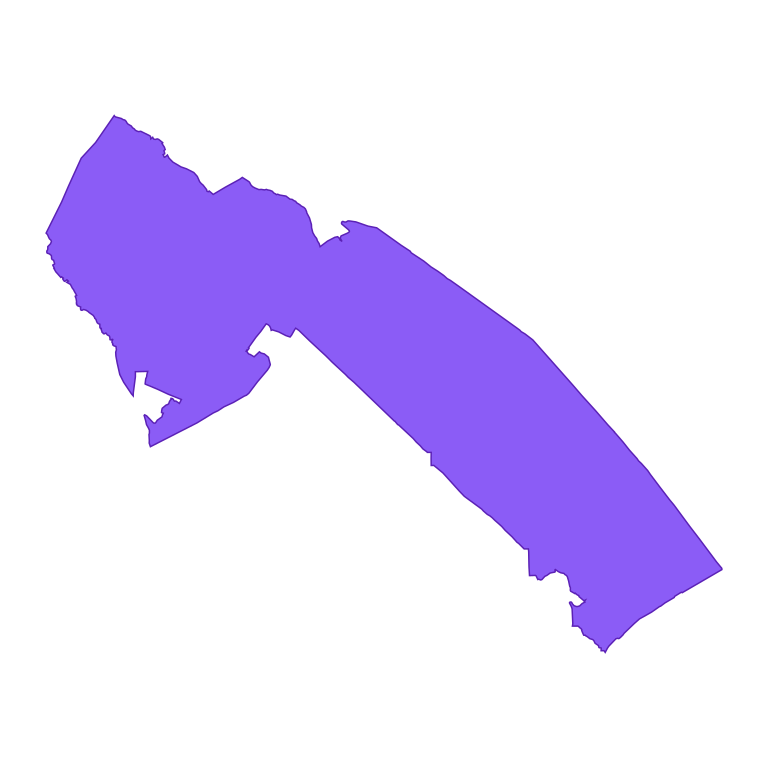 Cristinesti, Botosani, Romania
{"feature_id": "2599482B10546697969723", "entity_name": "Cristinesti", "entity_type": "district", "adm_level": 2, "iso_a3": "ROU", "parent_name": "Romania", "parent_adm1": "Botosani", "projection": "albers", "projection_center": [26.378, 48.088], "detail": "fine", "context": "isolated", "style": "filled", "palette": "violet", "viewbox_px": 768, "rotation_deg": 0, "n_neighbors": 0, "source": "geoboundaries", "source_scale": "gbopen_adm2", "svg_char_len": 6054}
<svg xmlns="http://www.w3.org/2000/svg" viewBox="0 0 768 768"><path d="M699.8,539.5L689.6,526.2L674.1,505.2L669.7,499.9L659.5,486.6L650.3,474.4L647.8,470.7L641.4,463.5L638.5,460.8L637.1,458.7L629.5,450.2L623.0,442.0L615.3,433.1L614.5,432.5L614.6,432.1L607.8,424.8L595.5,410.6L581.8,395.5L572.4,384.6L532.8,339.9L525.0,333.9L521.1,331.6L520.0,330.3L517.3,328.3L458.6,286.2L450.4,280.4L447.2,278.6L444.0,275.7L437.9,271.3L431.0,266.9L423.8,261.1L411.2,252.8L410.2,251.2L401.2,245.3L376.7,227.8L368.0,226.1L355.9,221.9L349.9,221.0L348.0,220.9L346.0,222.0L344.6,222.0L342.8,221.4L341.9,221.9L341.6,222.5L341.5,223.4L341.8,224.1L348.2,229.5L349.3,230.7L349.4,231.5L348.9,232.2L347.5,233.1L341.1,235.9L340.3,237.7L340.5,238.8L341.7,240.7L341.6,241.0L340.2,240.2L339.4,238.5L337.7,236.7L334.8,237.3L327.5,241.1L320.1,246.7L319.1,243.5L317.5,241.0L316.6,238.4L314.7,236.0L312.8,232.6L311.6,227.8L311.4,224.4L309.5,218.0L306.8,212.9L306.6,211.7L305.4,208.9L303.9,207.4L301.4,206.1L299.8,204.7L296.7,202.8L295.6,201.3L294.2,200.8L292.2,199.4L289.9,199.1L286.0,196.1L279.6,195.0L277.7,194.2L276.3,194.6L275.5,193.9L273.5,192.8L272.5,191.4L270.2,190.4L267.6,189.9L266.4,189.4L264.5,189.9L261.2,189.4L258.9,189.6L255.0,188.0L252.5,186.6L250.9,184.9L249.5,182.2L248.7,181.5L242.3,177.4L239.7,179.3L225.3,187.2L213.2,194.4L209.2,191.0L208.3,191.7L207.1,191.3L206.8,190.7L206.6,189.6L203.1,185.1L201.2,183.5L199.6,181.6L197.3,176.4L193.8,172.5L186.5,168.8L181.0,166.9L172.9,162.1L169.0,158.1L167.4,155.0L165.4,156.8L164.3,157.2L163.1,154.6L164.7,153.8L164.5,152.3L164.1,151.3L164.0,150.6L165.2,149.6L164.4,147.2L162.0,143.5L162.8,142.8L162.6,142.5L160.2,140.6L158.7,139.4L157.6,139.0L157.1,138.9L155.6,139.4L154.0,139.2L153.4,138.7L152.7,137.3L150.8,138.9L150.5,136.4L149.9,135.8L140.8,131.3L138.4,131.6L136.3,130.8L135.1,130.0L134.4,129.0L132.5,127.7L131.3,126.0L128.0,124.1L126.8,122.7L126.2,121.4L124.8,120.0L123.1,119.6L121.4,118.5L115.5,116.9L114.7,116.3L114.2,115.6L95.6,142.5L81.2,158.2L68.5,186.1L61.6,202.0L46.1,233.1L47.5,234.6L48.8,237.6L49.5,238.9L50.8,240.0L51.4,241.3L51.2,242.2L50.4,243.9L47.8,246.6L47.8,248.9L47.6,249.8L46.8,251.1L46.9,252.7L47.3,253.2L49.4,253.9L51.2,255.4L51.4,255.8L51.6,258.6L51.8,259.0L52.2,259.6L53.6,260.3L54.6,263.7L54.5,264.1L52.9,264.9L52.8,265.2L54.3,268.2L53.9,268.4L55.8,271.8L60.8,277.4L61.5,276.8L63.3,278.1L62.8,278.6L62.8,279.1L64.0,280.9L64.6,281.3L65.1,281.2L66.9,279.8L68.4,281.1L66.7,282.3L70.4,284.4L72.3,288.1L73.6,289.8L74.4,291.5L76.0,294.2L76.6,295.5L75.3,296.1L75.2,296.5L75.9,298.0L76.2,299.2L76.6,302.2L76.3,302.9L76.4,303.4L76.9,304.1L76.6,304.5L77.5,305.7L80.7,307.0L80.5,308.4L80.7,309.8L81.3,310.2L82.0,310.3L83.7,309.5L86.0,310.2L88.0,311.4L89.1,312.5L93.2,315.4L94.6,317.5L94.8,318.4L95.6,319.0L96.2,320.0L96.3,320.7L97.2,322.7L98.3,323.7L99.8,324.2L99.9,327.5L100.5,328.5L101.1,328.3L101.3,328.5L101.3,329.9L101.8,331.1L102.0,332.2L102.8,332.6L103.1,333.4L104.0,333.9L105.9,333.1L107.3,334.9L109.2,335.9L109.6,336.4L110.0,338.5L109.9,339.2L110.2,339.8L111.2,339.9L112.2,339.3L112.7,339.5L112.8,339.8L112.2,340.6L111.9,342.1L112.8,343.8L112.7,344.8L114.0,345.9L116.0,346.5L116.4,349.8L115.7,352.2L115.9,356.0L117.2,363.1L119.8,374.6L123.7,382.3L131.4,393.8L133.2,395.9L133.3,392.9L135.4,376.8L135.4,371.7L147.7,371.4L146.8,375.0L146.7,376.6L145.7,378.9L145.1,383.9L145.2,384.1L157.9,389.4L168.4,394.3L181.4,399.5L179.4,403.4L175.8,401.0L174.8,401.2L174.2,400.9L173.4,399.5L172.5,398.6L171.0,398.3L170.9,398.6L171.3,399.3L170.5,399.9L169.5,401.4L168.7,403.7L167.7,404.5L166.0,405.1L162.2,408.3L161.7,410.4L161.5,412.6L163.3,413.2L162.4,415.0L162.0,416.8L157.3,420.2L155.6,422.8L155.1,423.1L153.9,423.1L153.2,422.7L146.7,415.9L144.7,414.8L144.1,415.4L145.6,420.6L146.5,424.6L148.4,428.0L149.4,430.2L149.4,433.2L149.0,434.5L149.3,440.4L149.2,443.1L150.4,446.7L197.0,422.9L213.4,412.9L217.9,410.8L224.0,406.8L233.5,402.4L244.3,396.1L246.5,395.2L248.8,393.3L257.5,381.8L267.4,370.1L269.1,367.5L270.2,365.0L270.3,364.4L268.4,357.2L264.3,353.9L261.2,353.1L259.4,351.8L254.1,356.8L250.3,354.5L249.0,354.1L248.3,353.6L247.0,351.7L246.1,351.2L247.0,349.9L247.5,350.4L249.0,348.5L249.0,347.9L248.5,347.7L256.0,337.2L260.8,331.4L266.2,323.8L268.4,324.9L269.7,326.2L270.7,328.3L271.2,330.4L272.4,329.9L278.7,331.9L285.9,335.6L290.1,337.0L291.6,335.1L294.7,329.6L295.7,328.2L299.0,330.5L309.9,341.1L325.8,355.8L332.3,362.3L345.5,374.5L348.2,377.3L353.9,382.2L394.4,421.1L394.9,421.2L397.6,424.5L398.8,425.1L413.2,438.5L416.2,442.0L420.3,445.8L422.9,448.9L427.1,452.0L427.3,452.4L431.2,452.4L431.1,458.6L431.2,465.5L433.8,465.4L442.9,472.9L459.6,491.4L464.4,496.4L481.7,509.1L483.5,511.1L487.3,514.4L489.8,515.8L492.2,517.7L494.8,520.3L501.7,526.4L505.3,530.5L512.1,536.8L517.0,542.3L518.6,543.4L524.1,548.9L528.4,548.9L528.7,551.8L529.0,566.7L529.5,575.6L535.4,575.4L536.1,575.9L537.8,579.5L538.5,579.2L540.8,580.0L542.0,579.5L544.9,576.3L546.9,575.4L550.2,573.0L554.8,572.1L555.2,571.7L555.0,569.8L555.3,569.5L558.3,571.6L560.8,572.8L563.9,573.4L565.0,574.6L566.4,575.4L567.3,576.6L568.6,580.9L569.7,586.2L570.4,587.8L570.3,590.2L570.7,591.2L574.9,593.6L575.2,593.2L577.4,595.0L578.8,595.5L579.0,596.6L583.6,600.5L584.0,600.7L585.3,600.1L584.3,601.7L584.8,602.1L582.2,603.5L579.7,605.9L577.7,606.5L576.3,606.5L574.1,605.7L572.6,604.1L571.8,602.6L571.3,602.1L570.2,602.0L569.6,602.4L569.5,603.0L569.8,603.6L571.3,606.5L572.1,608.8L572.8,623.8L572.4,626.1L577.7,626.1L578.5,626.4L579.7,627.7L580.8,628.4L581.7,629.4L581.5,629.7L582.1,631.6L583.7,635.2L585.4,635.3L585.8,635.9L587.2,636.6L589.9,638.7L592.6,639.5L593.2,640.0L593.8,640.6L595.1,643.3L598.5,645.6L598.7,647.0L599.2,647.7L601.0,647.9L601.2,648.1L601.1,650.7L603.7,650.7L604.3,651.0L605.2,652.4L607.5,648.1L608.8,646.2L616.0,638.7L617.6,638.3L618.6,638.6L619.1,638.5L620.5,637.4L623.1,634.8L624.0,633.4L634.2,623.6L639.5,618.9L651.6,612.1L659.6,606.5L660.6,606.2L665.0,602.9L674.2,597.5L674.6,596.5L674.9,596.2L681.2,592.3L681.6,592.3L682.2,592.7L721.9,569.6L721.8,568.3L716.6,562.0L699.8,539.5Z" fill="#8b5cf6" stroke="#5b21b6" stroke-width="1.5"/></svg>